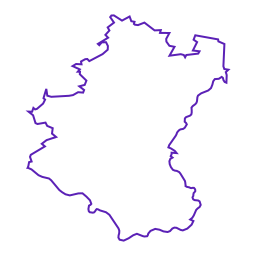 outline of Luxembourg
{"feature_id": "BEL-3477", "entity_name": "Luxembourg", "entity_type": "Province", "adm_level": 1, "iso_a3": "BEL", "parent_name": "Belgium", "parent_adm1": "", "projection": "natural_earth1", "projection_center": [5.558, 49.963], "detail": "fine", "context": "isolated", "style": "outline", "palette": "violet", "viewbox_px": 256, "rotation_deg": 0, "n_neighbors": 0, "source": "natural_earth", "source_scale": "10m", "svg_char_len": 2890}
<svg xmlns="http://www.w3.org/2000/svg" viewBox="0 0 256 256"><path d="M69.8,195.4L65.5,194.3L62.1,192.2L59.3,190.0L51.2,180.3L49.0,178.5L42.3,176.9L38.5,175.2L31.5,169.4L28.1,167.9L27.6,167.9L28.3,166.2L29.1,162.1L31.6,161.5L30.0,156.9L30.8,154.8L44.9,146.4L41.8,143.8L46.6,140.1L56.1,137.0L52.0,133.6L52.7,128.2L47.2,125.9L45.5,122.6L37.5,124.0L35.5,123.1L33.1,115.3L28.5,111.6L32.1,111.7L33.4,107.9L35.1,109.4L36.9,108.9L43.1,103.6L45.1,99.6L43.5,98.2L46.3,88.9L47.3,95.7L51.3,96.8L69.0,95.8L73.0,95.1L78.1,92.2L83.1,92.6L84.1,90.0L79.3,86.3L84.7,84.9L86.4,80.6L79.8,74.2L80.0,71.8L77.8,71.7L79.8,69.4L72.6,66.1L76.1,64.0L81.5,64.3L81.0,61.5L85.2,59.2L87.3,59.0L89.3,61.1L102.6,54.1L107.7,49.7L107.9,46.0L106.0,42.2L101.7,42.4L99.3,45.2L97.9,43.9L108.1,37.7L105.4,34.9L109.4,30.5L107.7,27.4L114.0,22.6L110.2,17.1L111.4,15.5L113.9,15.4L122.0,20.6L129.6,16.5L131.3,21.2L134.5,21.8L133.9,23.9L134.9,24.7L138.0,25.1L144.4,22.6L154.6,30.4L160.8,30.1L160.0,32.9L169.4,33.0L166.2,38.9L166.4,41.6L169.4,45.8L174.5,46.8L169.5,55.7L180.8,54.2L183.8,55.0L185.1,57.3L186.3,55.0L198.2,53.6L199.5,51.3L192.9,50.5L197.1,42.1L193.6,39.7L195.3,35.3L218.1,39.4L218.4,41.4L224.4,44.0L223.4,66.3L224.3,69.0L228.4,69.7L225.8,72.1L226.6,74.7L226.7,75.3L226.4,82.7L224.7,82.0L223.5,80.2L222.9,77.9L221.7,76.9L218.8,78.8L214.8,79.1L213.2,81.3L212.4,84.6L211.0,88.1L208.2,90.5L201.2,93.3L198.0,95.6L197.4,97.2L197.0,101.1L196.5,102.7L195.4,104.1L192.7,106.1L191.5,107.6L191.7,110.3L191.7,112.6L191.3,114.5L189.9,115.7L186.1,117.1L184.9,118.4L184.7,121.7L186.1,123.0L186.8,124.4L184.8,127.7L183.2,128.9L180.4,129.4L179.1,130.2L177.6,131.8L176.9,133.0L176.5,134.3L175.7,135.8L169.2,145.1L168.4,147.4L170.7,148.3L174.8,150.9L176.6,153.1L171.6,152.7L171.6,154.1L171.4,154.8L171.0,155.4L170.7,156.2L172.5,157.6L170.3,158.9L169.4,161.2L169.7,164.1L170.9,167.1L172.9,169.8L174.8,170.6L176.8,170.9L179.2,172.1L180.4,173.6L184.9,180.9L185.2,182.1L185.6,185.4L185.5,186.0L186.7,186.8L189.4,187.4L190.5,188.0L191.6,188.1L192.8,187.8L194.0,187.9L195.1,189.3L195.2,189.8L195.3,191.1L194.6,192.1L193.7,193.0L193.4,194.3L193.3,195.9L192.8,196.7L192.5,197.5L193.2,199.3L194.5,200.1L198.2,200.5L199.6,201.4L200.7,204.9L199.6,207.0L197.7,208.4L196.2,209.9L193.8,215.4L192.3,217.8L190.2,219.5L193.4,221.0L191.6,224.7L187.3,228.6L182.8,230.4L180.6,229.9L176.5,227.8L174.4,227.6L172.4,228.5L170.0,231.1L167.6,232.0L163.5,231.4L159.5,229.7L155.2,228.9L150.5,230.9L148.3,233.5L147.8,235.2L147.2,236.2L144.4,236.5L142.8,236.1L136.9,233.8L133.3,235.2L128.6,238.3L123.7,240.6L119.6,239.7L118.4,237.6L118.6,235.4L119.2,233.2L119.3,230.7L118.5,228.4L109.4,214.8L107.3,213.2L105.9,212.2L100.0,210.4L97.9,209.3L96.7,209.1L96.0,209.8L95.2,211.1L94.2,212.3L92.9,212.7L89.7,212.2L88.8,211.2L88.4,209.0L89.0,205.6L90.5,204.8L91.3,203.9L90.0,200.3L86.4,196.6L82.5,193.3L78.4,193.4L69.8,195.4Z" fill="none" stroke="#5b21b6" stroke-width="2"/></svg>